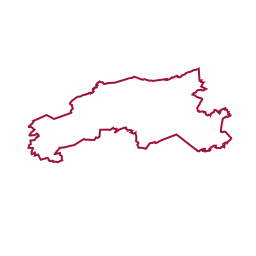 Vītiņu pag., Auces, Latvia (Equal Earth projection), rotated 158°
{"feature_id": "27541924B21260207281398", "entity_name": "Vītiņu pag.", "entity_type": "district", "adm_level": 2, "iso_a3": "LVA", "parent_name": "Latvia", "parent_adm1": "Auces", "projection": "equal_earth", "projection_center": [22.857, 56.46], "detail": "fine", "context": "isolated", "style": "outline", "palette": "rose", "viewbox_px": 256, "rotation_deg": 158, "n_neighbors": 0, "source": "geoboundaries", "source_scale": "gbopen_adm2", "svg_char_len": 5670}
<svg xmlns="http://www.w3.org/2000/svg" viewBox="0 0 256 256"><g transform="rotate(158 128 128)"><path d="M45.9,74.2L45.5,74.8L45.6,75.3L45.0,75.9L44.5,76.5L44.6,77.1L44.8,77.3L44.7,77.4L44.9,77.7L44.3,77.7L44.3,77.8L42.8,78.0L42.4,77.7L42.1,77.7L41.7,77.6L42.2,77.4L41.8,76.7L39.9,78.2L38.8,78.3L37.6,78.8L36.1,79.8L36.6,81.4L37.1,82.3L37.6,84.0L39.2,88.1L39.9,88.5L41.6,88.8L42.1,88.8L43.3,89.8L42.9,90.8L42.7,91.0L41.4,93.5L39.9,96.0L37.6,99.5L36.7,101.1L32.6,101.8L31.6,100.9L31.4,100.9L30.0,101.0L29.0,101.0L28.3,101.3L29.8,102.9L28.9,103.4L29.5,104.1L29.5,105.1L28.7,105.3L29.4,106.4L29.4,108.0L31.0,108.6L30.4,109.9L34.2,110.0L36.8,109.5L36.1,108.7L36.8,107.8L37.7,107.1L39.8,111.8L41.0,112.4L42.4,110.5L44.1,110.7L44.6,110.4L45.7,110.2L46.4,109.5L46.6,109.2L46.6,109.3L48.1,110.0L48.5,109.6L49.9,110.1L50.6,111.3L50.4,112.5L50.5,113.0L51.4,113.8L50.8,114.2L52.5,115.4L55.7,116.2L55.6,116.5L55.9,116.9L55.9,117.4L56.9,117.8L56.3,120.6L56.1,120.9L52.5,123.4L51.7,124.3L49.0,126.2L48.7,126.6L48.5,127.5L48.8,128.0L50.1,128.8L52.7,131.3L53.7,133.0L55.7,134.8L53.8,135.8L52.1,135.4L50.1,136.7L49.5,137.0L45.7,136.0L45.5,135.5L44.4,134.6L41.0,135.0L44.6,139.0L44.0,139.3L42.5,140.8L41.8,141.8L40.9,142.1L41.5,142.5L42.9,143.2L43.0,143.4L43.0,143.5L42.1,144.7L44.0,145.0L40.2,156.5L40.8,156.4L42.7,156.5L44.2,156.8L45.9,157.1L46.9,156.8L47.9,156.9L48.7,156.7L49.9,157.0L52.2,157.2L53.7,157.2L54.1,156.8L55.3,156.5L58.3,156.6L59.3,155.8L60.5,155.5L61.6,155.8L61.9,156.3L62.7,156.6L62.5,157.0L62.8,157.4L63.0,158.1L64.3,158.0L64.8,158.2L65.4,158.0L67.2,157.7L67.4,157.8L68.4,158.6L69.3,158.0L70.0,157.8L71.2,157.7L74.1,157.9L75.1,158.6L74.3,159.1L87.0,162.2L88.4,163.1L89.5,163.7L90.3,163.8L91.9,164.9L94.3,167.0L95.5,167.3L96.0,167.1L97.8,168.5L100.0,170.4L100.1,170.7L103.1,173.3L105.3,172.9L105.5,172.9L106.7,173.4L107.4,173.5L108.9,173.8L110.1,173.8L122.9,174.9L130.3,177.3L132.9,177.4L133.8,177.9L134.0,178.4L134.3,179.8L134.6,180.0L135.6,180.3L136.9,181.8L137.6,181.5L138.1,181.5L138.4,181.4L138.6,181.2L139.1,181.2L140.3,180.8L140.6,180.8L140.4,180.7L140.8,180.5L140.7,180.2L141.0,179.9L140.7,179.8L140.3,179.2L141.0,179.2L141.0,179.6L141.4,179.5L141.5,179.3L141.5,179.2L141.3,179.1L141.1,178.8L141.4,178.4L141.5,178.2L141.4,177.9L141.5,177.6L141.7,177.4L142.0,177.4L142.5,177.4L142.9,177.6L143.1,177.7L143.0,177.9L143.3,178.0L143.5,177.8L143.9,177.9L144.0,177.9L144.3,177.9L144.7,177.8L144.8,177.7L144.9,177.4L145.7,177.4L145.8,177.2L146.0,177.0L145.7,176.8L146.1,176.7L146.3,176.6L146.0,176.3L146.0,176.2L146.1,175.8L146.0,174.9L146.6,174.5L146.6,174.4L146.8,174.2L147.0,174.2L147.4,174.4L147.7,174.4L147.8,174.4L147.9,174.0L148.0,173.9L148.3,173.9L148.5,174.0L149.0,174.5L149.3,174.6L149.6,174.5L150.0,174.1L150.1,174.3L150.1,174.8L150.6,174.9L150.6,174.7L151.5,174.9L152.5,174.7L152.8,174.9L153.4,174.9L153.7,174.8L154.0,174.8L154.2,175.1L154.8,175.2L155.1,175.2L155.5,174.9L155.7,175.0L157.4,175.4L160.3,175.0L163.0,175.9L169.7,174.3L172.2,173.0L172.5,172.7L172.7,171.9L172.7,171.7L172.4,171.3L171.5,170.6L171.4,170.4L171.5,169.8L171.6,169.5L171.9,168.3L171.9,166.6L174.2,165.7L174.6,165.4L175.1,164.2L174.8,163.9L174.7,163.7L174.9,163.6L175.3,163.3L193.2,164.1L198.6,170.5L212.7,170.0L212.4,169.7L214.2,168.8L214.6,168.2L219.4,166.6L219.5,166.4L219.4,165.8L219.3,165.7L218.7,165.8L218.0,165.6L217.5,165.2L217.0,164.6L216.4,163.6L215.9,162.2L215.7,162.1L215.3,161.4L218.0,160.6L220.1,159.6L222.0,158.4L221.7,157.6L220.9,157.5L217.4,156.4L217.0,156.4L215.8,156.7L214.5,157.0L213.6,154.7L213.8,154.0L215.0,154.1L215.1,153.5L216.6,153.5L219.2,151.8L223.2,152.9L224.1,149.5L226.5,148.9L226.8,148.1L227.7,146.9L225.7,146.0L223.7,145.0L224.1,144.3L226.3,142.2L227.0,139.8L226.2,139.7L224.9,139.9L223.5,140.3L223.4,140.2L223.9,138.2L224.1,138.1L224.7,137.3L221.3,137.1L220.8,131.3L216.1,130.7L215.3,130.9L214.9,130.5L214.0,130.3L213.3,129.6L213.3,128.4L213.6,127.6L212.7,126.6L210.0,125.8L210.2,124.8L208.0,124.0L205.7,122.5L204.0,122.8L203.9,122.7L201.0,122.7L201.0,124.1L200.4,125.3L199.9,126.9L200.9,128.2L201.1,128.3L200.5,130.4L205.5,131.1L205.7,131.3L202.6,133.1L199.3,134.6L198.9,135.3L198.7,135.2L194.5,133.9L188.6,133.1L184.4,132.3L173.0,134.3L172.9,134.3L172.5,133.5L170.4,132.5L169.5,132.2L166.5,130.7L163.6,129.5L161.2,131.3L159.8,130.1L158.4,130.6L158.1,130.6L157.8,130.5L157.4,131.0L156.5,133.0L155.5,135.0L154.4,136.8L146.5,133.7L145.4,132.9L141.7,133.7L141.4,132.5L139.4,131.7L139.8,131.5L138.9,129.7L141.6,129.0L141.5,128.7L138.0,129.5L137.2,129.8L131.9,129.7L131.1,129.6L129.9,129.2L129.7,129.1L130.3,128.2L130.0,127.6L129.4,127.0L128.6,125.8L128.7,125.7L127.3,125.6L125.9,124.7L125.2,124.0L125.7,123.9L125.8,123.3L127.2,122.9L126.7,122.4L126.5,122.2L125.4,121.3L125.0,120.7L122.9,120.9L123.4,120.3L123.2,119.0L123.6,116.5L124.1,115.6L124.6,114.2L125.5,113.1L125.3,112.5L124.3,111.3L124.0,110.0L125.6,109.1L125.5,106.6L125.7,105.7L124.8,105.5L121.8,104.0L119.3,102.1L118.8,102.1L118.5,102.6L116.1,104.0L115.3,104.6L113.4,105.7L111.1,105.0L110.5,105.0L110.0,105.1L108.7,105.1L108.3,104.9L108.1,104.4L108.3,103.8L108.1,103.6L106.3,103.6L103.0,104.0L99.4,104.1L85.5,103.8L82.5,98.8L80.8,95.7L80.1,94.5L79.2,92.8L78.8,92.3L76.4,88.0L72.3,81.4L71.9,80.2L71.1,80.0L70.8,79.8L69.2,80.4L67.7,80.3L67.0,80.4L65.4,80.4L64.7,79.9L65.7,79.2L66.7,79.4L66.8,79.2L67.7,79.1L68.2,79.0L65.2,78.3L65.0,78.2L65.4,77.4L64.9,77.2L62.8,77.0L61.1,76.4L60.5,76.6L61.4,77.3L60.8,77.8L60.4,77.4L59.9,77.5L60.0,77.8L59.8,78.1L59.6,78.1L59.2,78.5L58.8,78.5L58.7,78.8L58.0,79.1L57.5,78.9L56.4,79.0L55.3,79.6L53.0,78.6L54.3,77.4L53.5,76.4L49.8,74.7L48.9,75.1L48.8,75.3L48.6,75.4L47.3,75.0L46.9,75.2L46.7,75.7L45.9,74.2Z" fill="none" stroke="#9f1239" stroke-width="2"/></g></svg>